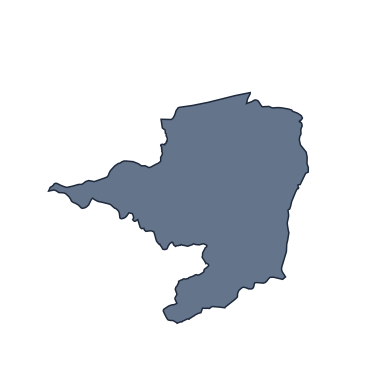 Brebu, Caras-Severin, Romania (Equal Earth projection), rotated 121°
{"feature_id": "2599482B1219277993436", "entity_name": "Brebu", "entity_type": "district", "adm_level": 2, "iso_a3": "ROU", "parent_name": "Romania", "parent_adm1": "Caras-Severin", "projection": "equal_earth", "projection_center": [22.029, 45.391], "detail": "fine", "context": "isolated", "style": "filled", "palette": "slate", "viewbox_px": 384, "rotation_deg": 121, "n_neighbors": 0, "source": "geoboundaries", "source_scale": "gbopen_adm2", "svg_char_len": 5766}
<svg xmlns="http://www.w3.org/2000/svg" viewBox="0 0 384 384"><g transform="rotate(121 192 192)"><path d="M265.1,315.4L261.3,311.3L260.9,309.0L261.1,305.9L258.8,301.5L258.5,299.6L259.2,295.9L259.6,294.6L260.1,293.5L260.6,292.5L261.2,291.6L261.9,290.7L262.1,288.4L261.7,286.2L261.7,282.5L262.7,278.8L262.4,277.4L260.6,275.6L259.0,274.7L256.1,273.9L254.7,274.1L253.4,274.2L252.1,274.3L250.8,274.4L250.2,274.4L248.5,274.0L248.7,272.3L248.7,270.6L248.6,269.0L248.4,267.3L247.3,264.4L246.4,261.5L245.5,258.6L244.7,255.6L245.7,250.1L245.4,248.5L246.0,245.8L247.1,243.8L251.4,240.4L251.4,238.9L251.0,238.4L250.6,238.0L250.2,237.5L249.8,237.2L249.3,236.8L248.8,236.5L248.2,236.2L247.7,236.0L246.9,235.7L242.3,235.3L241.3,232.0L241.9,231.0L242.6,230.2L243.4,229.4L244.3,228.7L246.3,228.6L246.8,226.4L246.1,225.4L243.6,224.3L249.1,218.1L249.4,216.3L247.9,214.6L249.1,213.2L249.5,211.3L246.7,207.7L246.1,206.4L245.9,204.1L248.2,201.5L250.7,199.0L252.5,196.9L253.8,193.2L253.3,192.5L254.1,191.6L254.6,190.2L256.1,187.5L255.4,185.7L253.9,184.3L252.9,184.2L250.7,184.6L248.6,184.5L247.3,184.4L246.3,183.7L245.5,183.6L245.3,183.1L245.3,182.2L246.0,181.6L246.9,180.1L247.1,178.0L246.2,177.7L245.4,176.7L244.6,175.6L243.8,175.0L243.5,174.4L242.6,174.3L242.5,172.6L241.8,171.3L241.6,170.4L240.7,167.7L238.6,166.0L237.1,164.7L235.7,164.2L235.5,163.1L234.9,161.2L233.6,158.6L230.5,155.7L230.1,153.3L230.1,151.8L231.2,151.2L233.2,151.9L234.4,151.7L237.2,151.6L238.6,151.5L239.7,151.0L241.1,150.2L242.6,149.8L243.1,149.0L243.8,147.5L244.5,146.0L246.0,143.5L245.4,143.6L245.6,143.5L245.6,142.4L245.6,140.6L246.4,139.9L247.7,139.9L248.6,140.4L249.4,140.5L250.3,141.0L251.6,141.5L252.9,141.5L253.6,140.9L254.3,140.8L255.4,141.1L257.1,142.0L259.1,143.0L260.4,144.4L260.5,145.6L261.6,146.7L263.4,147.6L264.9,148.8L266.4,150.1L267.2,150.6L268.1,150.7L268.9,151.7L269.9,152.6L270.3,153.4L270.7,154.3L271.5,155.0L272.4,155.2L273.0,156.0L274.3,156.8L275.5,157.5L276.8,156.7L279.2,156.6L279.9,156.4L281.7,156.8L284.0,156.3L285.5,154.5L286.8,152.9L287.7,152.1L289.6,152.1L291.3,152.1L292.6,151.4L295.1,147.7L296.4,148.3L297.8,149.4L298.3,150.1L298.9,150.9L299.6,151.6L301.8,153.3L307.1,155.8L308.0,155.7L308.9,155.2L310.1,153.5L312.2,150.2L313.2,148.5L313.9,147.0L313.7,145.5L312.8,143.5L312.0,142.1L311.9,140.6L311.9,138.6L312.2,137.2L309.0,134.8L308.7,133.9L308.2,133.6L307.6,133.5L307.4,133.5L306.9,133.0L305.7,132.2L303.0,130.5L302.8,129.4L302.5,129.0L302.2,128.9L301.5,128.7L301.3,128.9L300.2,128.0L298.9,127.5L297.0,126.4L296.2,126.2L295.8,126.0L292.8,124.1L290.8,122.2L288.2,122.7L286.3,123.2L285.9,122.7L285.4,121.6L284.3,119.7L283.9,119.4L282.8,117.0L280.5,116.2L279.6,115.4L278.3,112.8L276.5,109.2L276.1,108.2L274.4,104.4L274.3,104.5L261.1,99.6L258.6,99.0L257.7,99.5L256.8,100.0L255.9,100.4L254.9,100.8L252.4,101.1L250.5,100.6L248.7,100.0L247.9,99.6L247.6,99.3L247.3,99.0L246.9,98.3L246.6,97.6L246.2,95.8L246.0,94.8L246.0,93.7L244.4,91.1L243.4,90.3L242.0,90.2L241.1,90.4L240.3,90.7L239.4,91.0L238.6,91.3L237.5,91.4L236.3,89.9L233.3,83.8L231.7,82.5L229.3,81.9L228.2,81.9L227.2,81.7L226.0,81.5L224.9,81.1L223.0,78.1L220.2,69.3L216.6,68.1L213.8,73.8L212.1,75.5L210.1,76.4L194.4,80.4L188.0,83.9L183.7,85.3L177.0,88.0L175.2,89.8L173.3,91.4L171.4,93.0L169.4,94.5L163.1,96.7L161.9,97.4L160.7,98.3L159.6,99.2L158.5,100.1L157.4,100.3L156.3,99.5L153.9,100.0L148.7,101.7L138.8,103.2L135.4,103.5L134.6,102.8L134.3,102.6L133.5,102.8L133.7,103.2L131.2,104.8L130.0,103.1L123.2,103.7L117.4,104.2L115.1,102.6L112.7,104.0L111.1,104.9L108.5,108.0L102.9,111.2L99.0,114.7L95.8,123.3L92.0,126.9L88.8,128.3L88.0,128.2L87.2,128.3L86.4,128.4L85.7,128.7L85.1,129.1L84.6,129.5L83.7,130.1L82.7,130.7L81.7,131.1L78.7,131.6L78.6,131.8L78.6,132.0L77.8,132.2L77.6,132.4L76.5,133.6L76.4,134.3L76.5,136.1L76.0,136.3L76.0,136.1L75.6,135.9L75.6,135.7L75.4,135.7L75.4,135.8L75.2,136.1L74.6,136.0L73.8,135.4L73.4,135.4L71.7,135.4L71.1,136.5L70.5,137.2L70.2,138.6L70.1,142.3L70.9,146.6L71.0,147.5L70.4,148.7L71.2,152.1L73.5,158.0L74.3,159.8L75.2,161.5L76.3,163.2L77.4,164.8L77.8,165.0L78.7,167.1L78.9,169.2L79.3,170.7L80.2,171.7L80.8,172.9L81.9,174.3L82.7,175.6L82.3,177.3L80.4,181.0L79.9,182.2L79.9,183.1L79.9,183.5L80.2,184.5L80.5,185.2L81.3,186.0L83.2,187.0L84.2,187.6L86.8,189.8L88.1,190.8L84.0,192.2L82.8,192.4L80.4,192.6L78.0,192.7L76.8,193.3L86.9,204.4L106.8,224.3L117.8,236.4L125.9,246.4L127.1,247.3L130.7,247.5L132.1,247.1L133.4,246.8L134.8,246.5L136.2,246.4L136.3,246.3L139.0,246.4L140.6,247.2L145.6,256.0L152.4,250.4L152.8,246.9L155.3,245.2L155.5,243.9L157.0,243.2L157.4,242.8L157.7,242.2L158.0,241.6L158.9,240.7L159.1,240.5L160.1,240.1L160.8,240.1L161.1,239.9L161.6,239.4L162.2,239.8L162.7,239.8L162.8,239.7L163.2,239.4L163.6,239.5L164.3,239.7L164.5,240.0L164.8,240.1L165.3,240.1L165.6,239.8L165.9,240.2L166.0,241.1L166.1,241.6L166.4,242.0L167.2,242.9L168.1,242.9L168.5,242.5L168.8,241.9L169.3,240.9L169.7,240.8L169.8,240.8L170.2,240.5L170.3,240.5L170.7,240.4L170.9,240.2L171.1,239.7L171.8,239.2L172.1,239.1L172.6,239.0L173.5,237.7L175.2,236.8L178.5,236.7L181.5,234.8L182.5,234.9L183.4,235.2L184.3,235.6L185.2,236.0L186.8,237.2L192.1,240.3L193.4,241.8L193.4,242.9L193.4,243.9L193.6,244.9L193.8,245.9L193.9,246.1L195.6,248.8L195.4,252.4L196.3,258.1L199.2,264.1L200.4,266.2L202.3,267.7L204.1,268.4L205.6,269.9L209.6,271.7L215.1,272.8L215.4,272.9L216.7,272.9L218.0,272.8L219.3,272.6L220.5,272.3L222.6,272.4L225.1,274.2L233.4,281.1L235.4,286.5L237.8,288.5L241.6,290.0L242.7,291.1L243.8,293.0L246.0,295.1L248.3,297.2L250.4,299.4L252.5,301.6L252.9,302.9L253.2,304.2L253.5,305.5L253.7,306.8L253.9,308.2L254.0,309.5L254.1,310.9L254.2,312.2L255.0,313.7L256.5,314.4L256.8,314.4L257.3,314.4L257.7,314.4L258.1,314.5L258.5,314.6L258.8,314.7L261.0,315.9L265.1,315.4Z" fill="#64748b" stroke="#1e293b" stroke-width="1.5"/></g></svg>